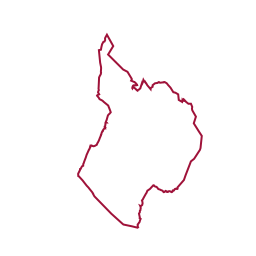 outline of Rendalen nor, Hedmark, Norway, rotated 61°
{"feature_id": "86288312B88288048958724", "entity_name": "Rendalen nor", "entity_type": "district", "adm_level": 2, "iso_a3": "NOR", "parent_name": "Norway", "parent_adm1": "Hedmark", "projection": "natural_earth1", "projection_center": [11.219, 61.807], "detail": "fine", "context": "isolated", "style": "outline", "palette": "rose", "viewbox_px": 256, "rotation_deg": 61, "n_neighbors": 0, "source": "geoboundaries", "source_scale": "gbopen_adm2", "svg_char_len": 5256}
<svg xmlns="http://www.w3.org/2000/svg" viewBox="0 0 256 256"><g transform="rotate(61 128 128)"><path d="M137.3,61.2L136.1,63.4L133.2,64.6L132.5,64.7L130.1,65.3L129.9,65.4L129.7,65.5L129.8,65.7L130.8,66.3L131.1,66.3L130.8,66.7L130.3,67.0L130.1,67.0L131.4,68.0L128.1,70.0L124.8,68.6L122.9,67.8L120.3,69.3L120.1,69.5L119.9,69.7L119.7,69.8L119.6,70.0L119.4,70.1L118.9,70.7L118.9,70.8L118.7,71.0L115.0,71.2L114.4,71.2L113.2,71.3L111.5,71.7L109.8,72.1L107.8,72.4L107.3,72.6L106.3,73.3L105.8,73.5L105.7,73.6L105.7,73.8L105.4,74.0L105.3,74.4L105.3,74.5L105.2,74.5L105.1,74.8L105.2,75.0L103.9,78.1L102.8,78.7L102.8,79.4L102.8,80.2L102.9,80.3L102.0,82.7L102.2,83.9L102.5,85.7L103.9,86.5L104.0,88.7L105.0,89.4L101.9,90.0L100.0,90.4L98.3,90.4L98.1,90.4L98.1,90.5L97.6,90.6L96.8,90.6L96.7,90.6L96.8,90.7L93.9,91.2L93.4,91.2L95.2,92.9L95.9,93.8L95.3,93.8L98.5,97.2L98.8,97.6L99.2,97.9L99.3,98.0L99.4,98.6L99.6,99.2L99.7,99.5L99.6,100.2L99.6,100.3L99.7,101.4L99.9,101.6L99.4,101.9L98.6,102.1L98.0,102.3L97.3,102.4L97.0,102.6L96.1,102.9L95.5,103.0L95.3,103.5L95.3,104.1L95.3,104.4L95.3,104.6L95.5,104.9L95.3,104.9L95.1,104.9L94.8,104.6L94.5,104.2L94.3,104.0L94.0,103.9L93.6,103.3L93.4,102.8L93.4,102.4L93.5,102.1L94.3,100.7L94.6,100.5L94.6,100.3L94.5,100.1L94.5,99.9L94.6,99.7L94.8,99.4L94.9,99.2L94.5,99.1L92.1,99.6L91.5,99.9L90.9,100.0L90.7,100.3L88.1,102.3L87.7,101.7L87.4,101.2L86.8,100.9L78.6,101.2L74.5,103.9L54.1,109.8L49.2,101.2L36.2,101.2L38.1,104.2L38.6,104.7L40.1,105.4L41.0,106.7L40.7,107.7L42.2,110.1L44.4,112.1L46.4,113.7L45.8,115.7L57.4,120.7L61.8,122.1L63.1,122.8L65.9,124.6L66.5,124.7L67.8,125.8L68.9,127.6L69.8,128.8L78.4,134.1L79.1,134.6L80.8,135.2L81.2,135.8L81.7,136.4L82.3,136.9L84.6,136.9L84.6,137.1L84.5,137.3L84.4,137.5L84.4,137.9L84.5,138.5L84.5,139.1L84.7,139.4L87.2,138.9L88.9,138.9L89.6,138.5L91.0,137.5L92.2,136.9L93.3,136.6L98.8,134.4L99.8,134.6L101.6,134.8L105.0,135.3L105.9,135.5L106.5,137.0L106.9,138.6L107.3,139.5L110.6,142.8L112.3,144.9L112.5,144.8L112.4,145.0L112.5,144.9L112.5,145.0L113.0,145.5L113.4,145.7L113.6,145.8L113.8,145.9L113.9,146.0L114.0,146.1L114.2,146.3L114.4,146.4L114.5,146.6L114.8,146.7L115.3,147.2L115.6,147.3L115.8,147.4L115.9,147.5L116.0,147.6L116.3,147.6L116.2,147.8L116.3,147.9L116.3,148.0L116.6,148.1L116.4,148.2L116.6,148.3L116.7,148.5L117.1,149.1L117.2,149.7L117.3,150.0L118.1,151.4L118.3,151.2L118.4,151.3L118.6,151.7L118.7,151.9L118.7,152.1L118.9,152.4L119.0,152.8L119.4,153.3L120.1,154.0L120.4,154.3L120.5,154.3L120.7,154.6L120.8,154.9L121.3,155.2L121.3,155.3L121.5,155.4L121.8,155.9L122.2,156.3L122.3,156.5L122.8,157.1L123.0,157.4L124.3,158.9L124.9,159.7L125.0,159.8L125.2,160.0L125.3,160.3L125.6,160.7L125.9,161.1L126.2,161.6L126.3,161.8L126.4,162.1L127.5,163.4L127.6,163.7L127.6,164.0L127.5,164.4L127.5,164.8L127.6,165.3L127.5,165.7L127.5,165.9L127.4,166.4L127.4,166.6L127.3,166.9L127.1,167.2L126.8,167.4L126.3,168.1L126.0,168.3L125.7,168.3L125.7,168.5L125.7,168.8L125.3,169.2L125.2,169.3L125.4,169.5L125.6,169.8L125.8,170.1L126.2,170.2L126.6,170.4L126.7,170.5L126.8,170.9L126.9,171.0L127.0,171.2L127.1,171.3L127.7,171.9L127.7,172.1L127.9,172.5L128.1,172.7L128.3,173.1L128.6,173.3L128.7,173.6L130.0,175.3L131.4,177.2L133.4,179.3L134.3,180.4L134.6,180.7L134.8,181.0L136.7,183.2L137.3,183.8L137.8,184.6L139.0,185.3L139.3,185.5L139.2,186.2L139.2,186.5L139.3,186.8L139.3,187.0L140.9,189.4L140.7,189.9L141.2,190.2L141.8,190.7L142.2,191.5L142.5,191.7L142.6,191.9L142.6,192.0L142.8,192.3L143.0,192.6L143.2,192.8L143.6,193.5L144.0,193.9L145.4,194.5L145.7,194.7L146.0,194.8L146.5,194.4L151.9,193.1L154.6,192.7L158.4,192.1L161.1,191.4L162.0,191.3L167.1,190.4L168.1,190.5L168.4,190.3L168.7,190.5L171.5,190.5L195.0,184.1L209.2,179.2L210.2,178.8L216.0,172.1L219.8,168.0L219.7,167.3L219.2,167.3L218.7,167.2L217.9,166.7L217.3,166.5L217.0,166.2L216.9,165.8L216.6,165.0L216.2,164.5L216.1,164.1L215.8,163.4L214.6,162.3L213.6,161.0L212.4,161.5L211.9,161.0L208.2,159.9L207.4,158.5L206.1,157.7L205.9,157.0L204.6,156.1L204.4,155.8L203.0,155.2L202.0,155.1L202.6,154.7L202.2,152.9L201.0,151.8L199.6,151.2L198.1,150.9L197.8,149.9L196.7,148.3L194.1,144.1L193.8,143.4L192.2,141.4L192.2,140.7L191.9,138.1L191.3,136.5L191.1,135.8L190.6,134.3L190.5,133.8L190.4,133.6L190.8,133.1L191.5,133.1L192.1,132.8L192.8,132.2L193.1,131.9L193.2,131.7L193.4,131.6L194.3,131.3L195.4,131.2L196.0,131.1L196.3,130.9L196.5,130.7L197.1,130.1L197.8,129.6L198.0,129.5L198.4,129.2L198.8,128.8L199.5,128.3L199.9,128.1L200.6,128.1L201.0,128.0L201.4,127.9L201.5,127.8L201.5,127.7L201.6,127.1L201.6,126.9L201.5,126.6L201.3,126.1L201.2,125.8L201.2,125.6L201.4,125.4L201.9,125.2L202.2,125.2L202.6,125.1L203.1,124.5L203.3,124.2L203.2,123.9L202.9,123.6L203.0,123.3L203.1,123.0L203.5,122.1L204.1,121.7L204.4,121.5L204.7,121.3L205.2,121.0L205.3,120.8L205.3,120.4L205.1,120.2L205.1,119.8L204.9,119.6L204.4,119.3L204.3,119.1L204.5,118.7L204.9,118.4L204.9,118.0L204.6,117.6L204.5,117.4L204.2,116.9L204.1,116.6L204.2,116.4L204.3,116.1L204.2,115.9L204.7,115.3L204.7,115.0L204.8,114.9L204.9,114.7L205.2,114.4L205.2,114.2L204.9,113.9L204.0,113.6L200.6,104.3L197.2,100.5L189.0,90.7L187.7,89.2L187.0,85.1L182.0,75.7L180.7,74.3L170.7,67.3L165.2,67.7L155.8,68.2L151.0,63.1L143.7,63.2L142.1,62.7L140.7,61.6L137.3,61.2Z" fill="none" stroke="#9f1239" stroke-width="2"/></g></svg>